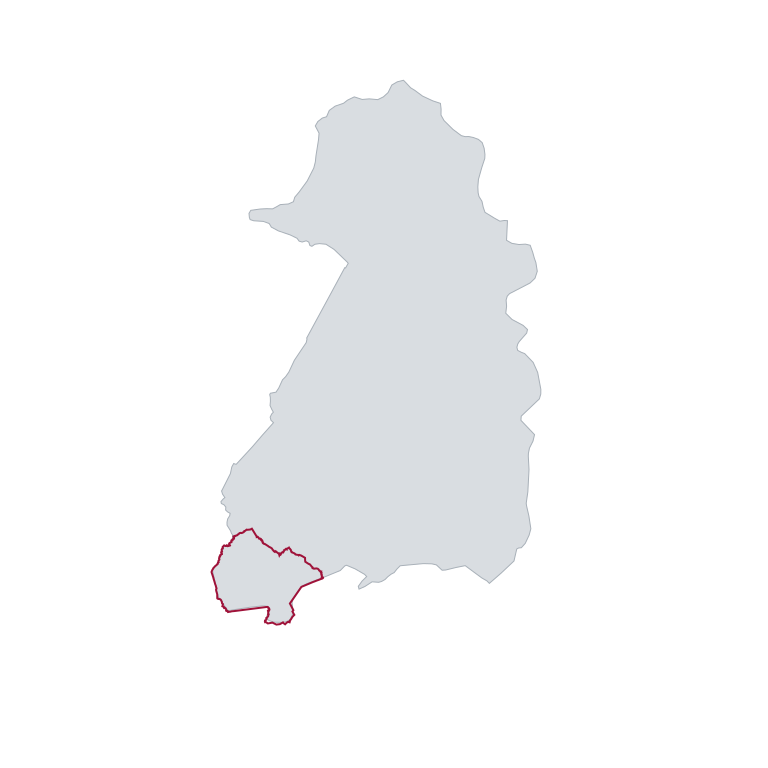 Tapoa, Tapoa, Burkina Faso shown in context, rotated 119°
{"feature_id": "67063806B60723724569169", "entity_name": "Tapoa", "entity_type": "district", "adm_level": 2, "iso_a3": "BFA", "parent_name": "Burkina Faso", "parent_adm1": "Tapoa", "projection": "mercator", "projection_center": [1.463, 12.115], "detail": "fine", "context": "in_parent", "style": "outline", "palette": "rose", "viewbox_px": 768, "rotation_deg": 119, "n_neighbors": 0, "source": "geoboundaries", "source_scale": "gbopen_adm2", "svg_char_len": 8832}
<svg xmlns="http://www.w3.org/2000/svg" viewBox="0 0 768 768"><g transform="rotate(119 384 384)"><path d="M554.7,474.2L536.8,474.9L530.3,476.9L526.4,476.9L526.2,475.3L525.8,474.3L503.2,468.8L487.4,465.5L471.4,461.9L470.5,465.3L468.2,467.5L464.7,467.7L462.3,467.1L460.7,469.7L458.1,473.2L454.3,474.9L450.7,477.0L448.7,478.8L447.2,478.9L443.5,474.5L438.6,474.1L429.5,474.8L425.4,473.6L419.8,473.0L406.7,473.9L385.5,472.1L382.1,473.1L381.2,473.9L360.3,474.1L337.3,474.3L318.1,474.5L301.3,474.7L301.2,473.9L295.8,473.8L295.2,475.3L290.5,492.9L289.9,502.5L292.5,508.5L295.3,512.2L298.5,513.8L298.8,515.9L296.3,518.7L296.5,521.5L299.5,524.4L300.2,527.5L298.7,530.7L299.1,538.4L301.3,550.6L301.4,558.6L299.3,562.2L300.3,568.4L304.4,577.1L305.1,580.8L303.6,582.5L300.2,584.8L296.7,584.7L292.7,579.4L290.9,577.0L287.6,571.7L284.8,566.3L281.1,563.9L277.4,561.7L272.9,554.9L268.5,551.6L263.9,552.6L257.2,551.3L243.7,549.6L229.2,550.1L223.1,551.7L217.2,554.2L202.1,559.7L196.1,562.4L191.6,569.2L186.5,569.1L181.3,566.9L178.1,563.8L171.2,564.5L164.6,561.4L158.1,555.5L153.4,553.5L147.3,549.2L145.7,541.0L141.8,535.2L138.3,527.3L133.1,523.7L127.1,521.7L118.7,522.1L113.3,518.9L108.9,514.2L110.1,510.2L112.0,504.4L112.3,498.9L113.5,489.9L112.7,478.6L111.2,470.7L115.8,467.4L121.2,464.5L124.5,459.2L127.9,447.1L129.3,436.8L128.3,432.9L126.5,429.9L125.1,425.4L124.3,419.9L125.3,415.1L129.3,410.7L134.3,407.0L137.9,405.2L147.4,403.4L159.3,400.6L166.1,397.5L171.1,394.4L173.9,391.9L176.8,386.8L181.3,382.9L184.9,378.9L185.4,367.9L185.4,361.6L182.7,358.1L181.3,355.2L198.9,346.5L199.0,340.4L196.6,333.6L193.1,328.1L191.8,323.4L196.7,317.8L201.0,313.6L204.2,310.0L211.1,304.6L218.3,303.2L224.8,305.2L244.1,318.0L247.4,318.8L251.4,317.9L256.5,314.5L263.1,311.8L265.5,303.3L265.3,290.7L266.8,284.9L270.3,283.9L281.3,286.3L284.2,286.4L287.4,285.6L289.8,283.4L289.7,279.3L289.2,275.7L292.8,264.0L299.4,255.2L312.7,244.2L316.8,242.0L321.7,240.9L345.6,248.4L349.4,246.6L355.3,227.8L361.7,226.0L369.5,225.7L374.6,224.1L377.2,222.8L388.5,215.7L408.6,205.9L419.4,201.8L421.5,200.2L429.2,193.3L439.4,185.4L445.9,183.8L454.9,183.2L460.6,184.5L462.2,186.8L464.0,187.9L475.8,184.5L492.7,189.9L507.3,195.2L506.3,198.5L506.2,204.4L505.0,213.7L503.5,224.9L509.6,232.1L516.8,239.9L518.7,242.9L516.8,250.5L518.1,255.0L522.0,262.5L528.4,271.9L535.1,281.7L539.7,283.0L544.1,283.7L546.7,285.5L550.6,287.2L554.5,288.3L557.9,290.4L560.0,292.5L562.8,298.5L570.3,302.5L575.5,306.4L573.4,308.4L566.9,307.6L560.8,305.8L559.9,308.7L559.7,319.7L560.7,328.9L562.1,330.1L568.3,331.8L583.0,343.6L596.3,354.9L600.8,357.8L608.1,358.9L616.4,359.4L619.9,358.3L627.9,352.7L632.1,352.0L636.1,352.2L638.2,353.1L642.0,357.7L645.6,364.7L646.6,369.8L646.3,372.6L645.1,373.6L638.5,375.0L635.7,376.0L635.0,377.5L636.0,381.0L637.3,383.2L644.4,393.2L654.8,406.7L657.9,410.2L656.1,414.2L650.9,424.8L647.0,429.2L629.6,444.1L621.1,442.4L603.2,445.4L600.5,441.9L596.3,441.5L591.2,442.1L589.3,443.4L588.7,444.9L586.9,446.9L583.6,452.8L581.0,454.3L577.8,455.3L574.0,455.1L571.7,455.9L571.7,458.8L571.0,461.4L568.3,462.7L567.2,465.5L567.4,468.3L565.9,469.6L562.5,468.9L560.5,468.1L558.6,471.8L556.3,474.2L554.7,474.2Z" fill="#d9dde1" stroke="#a8b0b8" stroke-width="1"/><path d="M579.3,421.1L574.6,429.4L574.9,429.6L575.4,429.8L575.7,430.2L576.1,430.4L576.5,431.0L576.8,431.4L577.2,432.0L577.7,432.7L578.0,433.6L578.6,433.8L578.8,433.9L579.5,434.1L579.8,434.3L580.1,434.7L580.4,434.7L580.6,434.9L581.0,434.7L581.3,434.8L581.7,435.1L582.1,435.2L582.3,435.5L582.8,435.7L583.2,436.2L583.4,436.3L583.6,436.7L583.6,436.9L583.8,437.4L584.2,437.7L584.5,438.1L584.9,438.1L585.1,438.2L585.5,438.3L586.5,438.9L586.9,439.0L587.1,438.9L587.4,439.0L587.6,439.3L588.1,439.7L588.2,439.9L588.4,440.0L588.6,440.0L588.8,440.1L589.0,440.5L589.3,440.5L589.7,440.8L589.7,441.1L589.9,441.1L590.2,441.7L590.3,441.8L590.6,441.7L590.8,441.5L591.1,440.7L591.5,440.7L591.7,440.3L592.1,440.2L592.3,440.3L592.5,440.8L592.9,441.0L593.5,440.9L594.0,440.7L594.6,441.6L594.9,441.6L595.9,440.8L596.3,440.7L596.9,441.4L597.5,441.6L597.9,441.9L598.5,442.1L598.8,442.0L599.1,441.8L599.5,441.2L599.8,440.4L600.0,440.4L600.2,440.5L600.4,441.0L601.0,441.4L601.0,442.1L601.3,442.3L601.7,442.3L601.8,442.6L601.4,443.3L602.0,443.5L602.5,443.9L602.6,444.2L602.5,445.2L602.7,445.6L603.2,445.8L604.1,445.8L604.6,446.1L604.9,446.1L605.2,445.9L605.8,445.3L606.2,445.3L606.6,445.7L607.2,445.7L607.6,445.7L608.1,445.4L609.0,444.4L609.3,444.4L609.6,444.8L610.1,444.9L610.3,444.7L610.6,444.3L611.1,443.4L611.3,443.3L611.7,443.8L612.2,443.7L612.5,443.9L612.7,444.2L612.9,444.3L613.5,444.0L613.8,444.2L614.0,444.2L614.2,443.8L614.6,443.8L615.2,444.1L615.5,443.9L615.9,443.9L616.2,443.7L616.7,443.6L616.9,443.2L617.2,442.9L617.6,442.8L618.6,443.1L619.0,443.0L619.5,442.7L620.0,442.3L620.4,442.7L620.7,442.7L621.7,442.2L622.1,442.2L622.9,442.7L623.5,442.6L624.9,443.3L627.9,444.0L628.1,443.9L629.7,444.0L631.7,443.8L632.3,443.5L636.0,439.5L637.2,438.4L638.1,437.4L641.0,434.5L641.9,433.4L642.5,432.9L643.8,431.5L644.3,431.2L645.0,431.3L645.2,431.2L646.1,430.6L648.8,427.9L652.2,426.0L652.4,425.6L652.1,425.4L652.0,425.2L652.2,424.4L651.8,423.6L651.7,422.7L651.9,422.4L652.0,421.7L652.7,420.9L653.1,420.2L653.8,419.8L654.4,419.2L654.5,419.0L654.6,418.1L655.2,417.9L656.8,417.6L656.8,417.2L656.5,416.9L656.6,416.6L656.5,416.1L656.6,415.8L657.4,415.4L657.5,415.1L657.2,414.9L657.0,414.7L656.9,414.5L657.0,413.9L657.3,413.3L657.9,412.6L658.7,412.3L658.9,412.1L658.9,411.8L658.3,410.8L658.5,410.3L658.9,410.3L659.0,410.1L659.1,409.9L658.4,409.1L657.4,407.7L656.7,407.1L655.0,404.6L635.5,378.0L635.4,377.6L635.4,377.3L636.0,376.7L636.0,376.4L635.8,376.2L635.9,375.8L636.6,375.0L637.0,374.8L637.3,375.0L637.6,374.8L638.1,374.8L638.1,375.1L638.2,375.3L638.4,375.7L638.5,375.7L638.8,375.5L639.2,374.6L639.5,374.6L640.4,374.3L640.9,373.9L641.6,373.7L641.5,373.2L642.4,373.1L643.0,372.8L643.5,372.8L643.9,373.0L645.0,372.9L645.9,373.5L646.5,372.9L647.3,372.7L648.2,373.1L648.5,373.4L649.1,373.2L649.1,372.8L649.9,372.6L650.0,372.5L649.5,371.9L649.6,370.6L649.8,369.7L649.5,369.2L646.8,365.9L646.6,361.5L644.5,358.6L641.5,356.8L641.9,355.9L642.1,354.0L639.9,353.4L639.0,352.8L638.6,352.7L638.2,351.0L637.3,351.2L636.7,351.7L635.2,351.3L631.9,351.2L629.4,350.5L627.4,353.8L625.8,353.6L621.6,359.9L601.5,357.9L591.6,350.1L590.0,348.7L589.7,348.5L588.5,347.5L587.4,346.5L585.2,344.7L584.3,343.8L583.6,343.4L583.1,343.3L582.8,343.5L582.9,343.9L583.0,344.0L583.2,344.4L583.2,344.8L582.6,344.9L582.3,345.1L582.1,345.3L581.9,345.3L581.6,345.7L581.2,345.9L581.3,346.1L581.2,346.2L581.0,346.3L580.8,346.2L580.7,346.3L580.7,346.7L580.3,347.0L579.8,347.1L579.6,347.0L579.3,347.1L579.2,347.3L579.3,348.1L579.1,348.3L578.9,348.2L578.5,348.2L578.7,348.8L578.7,349.4L578.6,349.5L578.4,349.8L578.4,350.0L578.5,350.4L578.2,350.8L577.9,351.3L577.7,352.3L578.0,353.6L578.2,353.8L578.3,354.1L578.8,354.7L578.9,354.8L579.4,355.7L579.4,355.9L579.4,356.0L579.5,356.0L579.5,356.7L579.7,357.0L579.7,357.3L579.4,357.5L579.1,357.8L578.9,357.9L578.9,358.3L577.7,361.3L577.7,361.8L577.9,362.7L577.6,366.7L576.3,367.6L574.3,368.8L574.2,372.6L574.2,372.9L574.3,373.0L574.2,373.5L574.4,374.3L574.4,374.7L574.4,375.0L574.6,375.3L574.9,375.4L574.8,375.5L575.5,377.1L575.8,378.2L576.0,378.6L576.0,379.0L575.6,379.6L575.6,381.0L575.9,383.0L575.7,383.0L575.4,383.4L575.4,383.7L575.3,383.9L575.1,384.5L574.8,384.7L574.4,384.9L574.1,385.4L574.0,385.9L573.7,386.4L573.7,386.7L573.7,386.9L573.3,387.6L573.6,387.6L573.6,387.9L573.8,388.0L574.0,388.2L574.5,388.7L575.0,388.8L575.1,389.1L575.7,389.3L575.9,389.6L575.9,389.8L576.0,389.8L576.1,389.6L576.2,389.9L576.4,390.1L576.9,390.2L577.2,390.2L577.7,390.7L577.8,390.6L578.5,390.5L579.0,390.5L578.9,390.6L579.0,390.7L579.4,390.9L580.3,391.1L580.5,391.3L580.8,391.5L581.0,391.7L581.4,391.8L581.8,391.6L582.2,391.6L582.5,392.1L583.3,391.9L583.3,392.2L583.1,392.3L582.8,392.4L582.8,392.7L583.6,392.4L583.8,392.4L583.8,392.5L584.0,392.5L584.2,392.3L584.3,392.4L584.6,392.4L584.4,392.6L584.1,392.7L583.7,393.4L583.4,394.1L583.2,394.7L583.3,395.0L583.0,396.5L582.8,397.5L583.2,397.5L583.6,398.1L583.8,398.1L583.8,398.5L583.7,398.6L583.4,398.8L583.4,399.0L583.5,399.1L583.6,399.5L583.1,400.1L583.0,401.0L582.2,402.2L582.0,404.0L582.1,404.6L582.1,406.1L581.9,406.9L581.9,407.5L581.7,410.3L581.8,410.5L581.7,410.9L581.9,411.1L582.0,411.6L581.8,412.3L581.9,412.6L581.7,413.0L581.4,413.1L581.4,413.4L580.9,413.6L580.7,414.0L580.4,414.0L579.8,414.8L579.7,415.0L579.7,415.4L580.1,415.6L580.0,415.8L580.0,416.0L579.9,416.1L579.8,416.5L579.7,416.6L579.2,416.7L579.2,416.8L579.2,417.2L579.3,417.4L579.5,417.7L579.5,417.9L579.5,418.0L579.8,418.2L579.8,418.4L579.6,418.5L579.5,418.8L579.4,418.9L579.3,419.1L579.2,419.3L579.2,419.6L579.0,419.8L579.1,420.1L579.1,420.4L579.3,420.7L579.0,420.7L578.9,420.8L579.0,421.0L579.3,421.1Z" fill="none" stroke="#9f1239" stroke-width="2"/></g></svg>